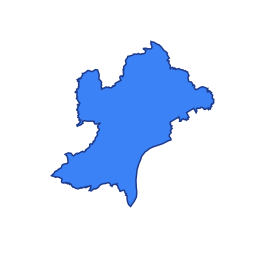 Mueang Mukdahan, Mukdahan, Thailand (Mercator projection), rotated 61°
{"feature_id": "78962969B66704164084877", "entity_name": "Mueang Mukdahan", "entity_type": "district", "adm_level": 2, "iso_a3": "THA", "parent_name": "Thailand", "parent_adm1": "Mukdahan", "projection": "mercator", "projection_center": [104.628, 16.533], "detail": "fine", "context": "isolated", "style": "filled", "palette": "blue", "viewbox_px": 256, "rotation_deg": 61, "n_neighbors": 0, "source": "geoboundaries", "source_scale": "gbopen_adm2", "svg_char_len": 5787}
<svg xmlns="http://www.w3.org/2000/svg" viewBox="0 0 256 256"><g transform="rotate(61 128 128)"><path d="M197.9,163.8L195.0,157.9L192.7,154.5L191.5,153.4L187.7,151.1L184.5,149.8L177.6,146.4L169.1,140.5L164.9,136.3L161.4,131.9L159.4,129.9L157.2,124.7L156.4,118.5L156.7,115.1L158.5,105.4L158.7,99.3L159.2,96.1L157.4,95.7L155.3,96.0L153.6,94.7L153.4,93.2L152.7,92.3L151.0,92.4L149.7,89.6L148.9,90.3L147.9,89.7L147.6,88.6L147.1,88.7L146.3,89.5L145.5,89.1L145.2,89.3L144.5,88.5L143.8,88.6L143.2,88.1L143.0,78.2L144.0,78.7L145.0,78.4L146.0,78.7L147.1,79.6L147.7,78.3L147.0,77.4L146.6,75.7L146.9,75.0L147.9,74.8L148.4,73.2L149.5,73.3L149.4,71.0L148.1,71.0L148.2,69.5L142.9,69.4L142.7,61.0L147.6,61.0L146.7,59.7L144.8,59.0L144.1,58.3L145.6,55.5L145.6,55.0L145.2,54.5L145.7,53.6L147.5,52.1L148.5,52.4L148.9,51.9L149.2,51.4L148.9,51.2L149.0,49.7L149.5,49.4L149.5,48.5L149.9,48.9L150.4,48.7L150.3,48.3L150.9,48.4L150.7,48.0L150.9,48.0L150.9,46.9L151.3,46.7L151.1,46.5L150.6,46.7L150.4,46.1L149.7,45.7L149.9,44.9L149.5,44.7L149.6,44.4L148.2,44.3L147.9,43.7L148.1,43.2L147.6,43.0L148.0,41.8L147.5,40.9L147.3,41.1L146.8,40.9L146.9,40.7L146.3,40.4L146.1,40.0L144.6,39.2L144.2,39.2L143.9,39.7L142.5,39.8L140.4,38.1L139.1,38.3L138.3,38.8L137.8,38.7L137.5,37.9L136.9,38.4L136.4,38.2L135.8,39.0L135.5,38.8L135.5,39.1L135.0,39.1L135.3,40.2L135.0,40.9L134.2,40.8L133.8,40.0L133.6,40.2L133.2,39.9L133.0,40.1L132.8,39.7L133.1,39.6L132.7,39.5L133.0,39.3L132.5,39.5L132.1,39.1L131.8,39.9L130.8,40.3L128.1,42.7L127.6,44.6L127.7,48.6L127.0,50.5L124.9,50.4L123.8,49.4L123.1,49.2L122.0,49.8L122.1,50.8L120.9,50.2L118.6,50.2L117.3,52.0L116.6,52.2L112.7,51.1L111.7,49.2L110.1,49.3L107.9,48.7L107.0,49.7L105.7,50.0L105.5,51.1L103.7,51.9L102.2,54.0L100.8,54.5L100.3,56.6L99.7,57.2L99.7,58.0L98.5,57.8L98.1,58.1L98.6,59.4L98.4,59.8L97.0,59.4L96.6,59.5L96.0,61.3L96.7,62.0L96.5,62.4L95.6,61.6L94.8,61.5L93.8,60.7L91.4,60.9L90.5,60.6L89.4,59.5L88.3,60.9L87.6,60.9L86.9,58.1L82.8,58.2L81.6,57.6L81.5,57.3L79.7,57.8L77.8,58.9L73.4,59.6L70.5,60.4L68.5,62.1L65.2,64.0L64.2,65.5L63.5,65.9L65.1,67.0L66.1,67.3L67.2,67.2L69.0,67.9L69.7,68.6L69.9,69.8L68.5,71.9L68.6,72.5L68.0,72.9L67.6,72.9L66.7,74.1L66.9,74.7L66.0,75.3L66.2,76.2L66.6,76.2L69.0,74.9L70.6,76.6L70.7,77.4L70.3,79.3L69.8,79.7L69.7,81.5L67.8,82.9L67.9,84.4L66.5,86.3L66.1,87.6L66.6,88.4L66.5,89.2L65.3,93.6L66.2,94.1L67.0,96.3L68.2,97.8L71.1,98.4L72.2,102.0L73.7,102.6L74.0,103.3L74.7,103.4L74.6,103.8L75.3,103.8L75.6,104.5L76.7,104.7L77.3,105.3L78.6,105.5L79.5,106.5L79.6,107.1L79.9,106.9L80.4,107.2L80.6,107.8L79.7,108.2L79.0,108.9L79.1,110.1L80.8,111.0L82.8,111.0L82.6,111.7L83.1,112.7L82.7,113.5L82.8,115.2L82.6,116.3L82.9,116.7L82.8,117.3L83.1,118.0L84.2,118.4L84.7,119.1L84.3,119.9L84.4,120.3L83.9,120.4L83.9,121.0L84.1,121.7L84.7,122.0L84.8,122.9L84.0,124.4L83.0,124.8L83.1,125.3L82.8,126.1L81.9,126.7L81.5,127.3L81.4,128.5L81.7,129.3L81.1,130.6L81.5,131.8L81.1,132.3L80.3,131.6L78.8,131.6L77.7,130.2L76.6,130.1L75.3,129.0L73.3,129.0L71.3,129.8L67.2,127.3L62.4,126.5L61.1,128.3L61.3,130.5L61.1,132.5L58.7,134.4L58.1,135.7L58.5,136.3L58.9,139.8L58.2,141.4L59.6,141.9L60.9,144.3L61.7,144.8L61.4,145.5L61.7,146.1L61.1,146.0L60.8,147.3L61.3,147.9L61.2,148.7L61.7,148.4L61.7,149.0L62.4,149.0L62.5,148.5L63.4,148.3L63.3,149.1L63.8,148.8L64.5,148.9L65.6,150.0L66.2,150.0L67.8,150.9L68.0,151.6L69.0,151.6L69.4,153.0L69.2,154.1L71.4,155.0L70.7,156.2L71.0,156.8L71.6,156.7L72.5,155.6L74.1,156.3L75.2,157.3L76.4,157.1L76.9,158.6L77.2,158.8L78.2,158.4L79.9,158.6L81.1,158.3L81.9,158.5L83.1,158.1L83.7,158.9L83.0,160.8L83.4,161.0L84.5,160.1L85.4,162.0L87.0,162.6L86.9,163.7L87.3,164.1L89.9,163.4L90.4,164.5L91.9,164.2L92.4,164.6L92.6,165.6L93.6,165.8L94.4,166.7L95.1,166.1L96.3,166.0L97.1,167.0L98.0,165.7L98.5,166.7L99.6,166.8L100.6,170.1L101.6,170.4L101.3,170.8L100.6,170.7L100.4,171.0L101.5,171.6L101.9,171.5L101.8,170.4L102.3,168.1L102.3,166.9L101.8,166.1L102.1,165.2L100.0,164.6L100.6,163.3L100.4,162.6L102.5,160.0L104.8,155.6L105.8,154.5L106.4,155.0L108.5,154.9L109.1,154.0L109.9,150.8L110.3,150.2L111.5,153.7L113.2,154.2L114.8,153.7L115.9,154.3L117.1,157.4L117.5,157.3L119.4,158.1L120.9,161.5L122.8,162.9L122.9,165.0L123.8,165.1L124.2,166.5L124.8,167.0L123.6,168.7L123.8,169.2L124.1,169.6L125.4,170.3L126.0,171.0L126.6,175.4L127.0,175.6L126.8,176.0L127.6,176.6L127.8,177.5L127.4,178.3L126.3,179.1L126.2,184.5L125.6,184.5L125.2,185.8L126.0,189.2L125.4,189.6L122.4,190.2L120.8,192.4L120.5,195.6L120.5,195.8L122.7,195.0L124.4,195.2L128.3,196.7L129.4,197.6L129.5,198.3L128.5,201.8L128.4,203.2L130.6,206.1L130.4,206.8L130.5,209.4L130.9,210.4L130.7,212.9L131.7,214.6L132.6,218.1L133.2,217.7L133.5,217.0L134.6,216.2L134.9,215.5L135.9,215.4L136.7,213.0L139.4,211.0L140.7,210.4L142.1,211.9L143.6,212.3L144.9,211.0L145.3,209.6L145.9,209.3L145.9,208.4L146.3,208.5L146.6,207.9L147.1,208.0L147.1,207.6L147.4,207.8L148.1,206.7L147.9,206.4L148.3,206.4L148.1,206.2L148.8,205.6L149.1,205.8L149.9,204.9L151.1,205.4L152.5,204.7L153.2,204.8L153.9,203.7L155.6,202.8L157.2,200.8L157.0,199.6L157.6,198.6L157.2,198.2L158.2,197.4L158.3,195.5L158.7,195.2L159.0,193.7L159.4,193.7L159.1,193.3L159.7,193.1L159.8,192.7L159.5,192.6L159.8,192.4L159.5,192.0L160.2,190.8L159.9,190.0L160.3,188.6L160.9,188.6L161.4,189.4L162.2,189.4L162.9,190.7L163.6,190.9L163.6,191.9L163.8,192.2L164.3,191.1L164.9,191.1L165.2,190.5L164.6,187.1L165.7,185.8L165.4,184.7L165.7,183.6L165.4,182.4L164.4,180.5L164.5,177.4L165.8,174.0L166.0,172.1L167.5,170.8L168.8,170.7L169.8,171.2L170.2,170.5L171.3,170.3L170.3,168.5L170.5,167.3L171.3,166.3L171.4,164.6L172.5,165.4L173.5,165.1L175.9,165.6L177.5,165.3L179.3,165.7L179.7,165.4L179.7,164.1L180.5,161.6L181.7,161.5L183.3,162.0L184.6,161.2L185.6,162.6L186.8,161.7L190.1,163.4L192.8,164.3L195.6,164.5L197.9,163.8Z" fill="#3b82f6" stroke="#1e3a8a" stroke-width="1.5"/></g></svg>